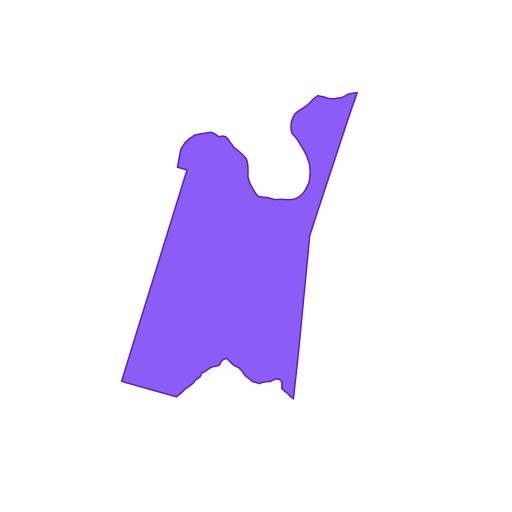 outline of Inhangapi, Pará, Brazil, rotated 139°
{"feature_id": "56859067B74682309014302", "entity_name": "Inhangapi", "entity_type": "district", "adm_level": 2, "iso_a3": "BRA", "parent_name": "Brazil", "parent_adm1": "Pará", "projection": "albers", "projection_center": [-47.963, -1.457], "detail": "fine", "context": "isolated", "style": "filled", "palette": "violet", "viewbox_px": 512, "rotation_deg": 139, "n_neighbors": 0, "source": "geoboundaries", "source_scale": "gbopen_adm2", "svg_char_len": 1745}
<svg xmlns="http://www.w3.org/2000/svg" viewBox="0 0 512 512"><g transform="rotate(139 256 256)"><path d="M257.0,374.5L251.6,366.2L352.3,303.8L357.4,300.6L387.6,282.0L435.5,252.2L439.5,249.7L437.4,246.0L408.4,201.9L400.4,201.7L396.5,202.2L393.4,201.6L387.3,201.3L382.8,202.1L377.7,201.4L373.5,203.4L370.8,202.3L367.7,202.1L364.5,201.7L361.2,200.8L358.2,198.8L355.0,197.7L351.0,199.4L348.1,199.2L345.3,197.9L344.8,193.6L344.8,189.9L343.8,186.5L342.2,182.8L342.1,178.0L342.7,173.0L342.1,169.8L341.5,166.6L340.9,163.1L339.0,160.6L337.3,157.6L333.9,156.3L330.4,154.2L327.8,152.0L321.9,150.3L319.3,147.7L319.0,144.1L323.4,139.2L323.2,135.5L322.3,132.1L322.3,127.7L321.4,123.7L286.5,156.0L240.3,199.9L216.9,222.0L202.3,236.0L189.8,243.5L170.2,255.2L97.3,298.6L72.5,312.9L76.4,315.5L80.0,317.6L84.1,318.4L88.1,319.6L90.8,321.6L93.9,323.4L96.1,325.4L98.2,327.7L100.3,331.3L104.3,336.6L110.8,336.8L115.1,336.3L118.4,336.2L126.2,337.1L128.9,337.7L132.9,337.7L136.0,336.8L138.9,335.4L141.5,333.8L144.4,331.0L146.7,328.3L148.3,324.9L148.2,320.4L148.5,315.7L150.8,303.2L151.8,299.0L153.6,294.5L154.9,291.1L156.7,288.3L159.4,284.5L164.7,279.2L168.0,276.6L174.2,274.0L177.8,272.8L182.1,272.2L187.6,273.0L190.3,274.0L193.2,276.2L195.5,278.0L197.6,280.2L199.7,282.2L202.3,284.2L205.2,286.6L208.3,291.7L214.8,298.8L215.4,301.7L214.9,305.1L214.4,308.5L212.8,315.4L209.9,321.5L207.5,323.9L203.6,328.6L200.6,333.1L199.4,336.3L199.7,339.2L199.8,342.2L200.1,345.3L201.4,352.4L200.9,359.4L200.4,362.6L200.7,366.1L202.5,368.4L205.7,370.3L207.3,376.2L209.0,378.9L211.6,380.8L214.4,382.4L217.0,384.2L223.1,387.5L226.8,387.8L229.7,388.3L234.8,388.1L242.1,386.1L245.2,383.9L249.1,380.8L251.6,378.9L257.0,374.5Z" fill="#8b5cf6" stroke="#5b21b6" stroke-width="1.5"/></g></svg>